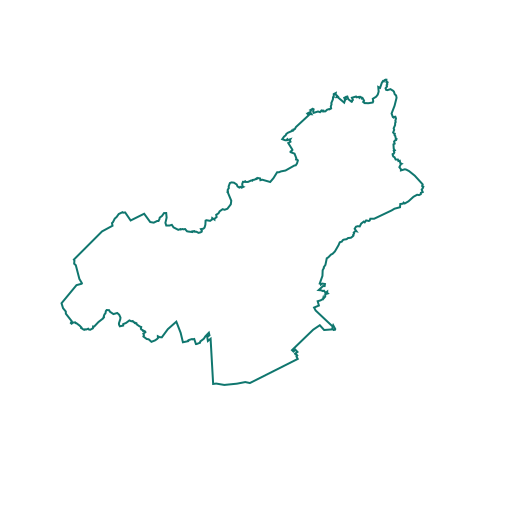 Villa Corona, Jalisco, Mexico (Albers equal-area conic projection), rotated 64°
{"feature_id": "50627088B54593739216200", "entity_name": "Villa Corona", "entity_type": "district", "adm_level": 2, "iso_a3": "MEX", "parent_name": "Mexico", "parent_adm1": "Jalisco", "projection": "albers", "projection_center": [-103.727, 20.389], "detail": "fine", "context": "isolated", "style": "outline", "palette": "teal", "viewbox_px": 512, "rotation_deg": 64, "n_neighbors": 0, "source": "geoboundaries", "source_scale": "gbopen_adm2", "svg_char_len": 6057}
<svg xmlns="http://www.w3.org/2000/svg" viewBox="0 0 512 512"><g transform="rotate(64 256 256)"><path d="M275.3,105.2L272.5,103.5L273.4,101.1L272.7,99.9L274.0,99.3L273.7,95.0L271.8,88.5L271.6,84.3L272.7,82.8L272.7,80.8L271.5,80.1L271.6,78.1L269.0,78.0L268.1,76.3L267.0,75.2L266.6,75.5L266.9,75.9L265.9,76.0L264.7,74.8L263.6,75.1L253.4,78.1L246.8,81.2L244.2,83.1L243.3,84.2L242.6,88.2L241.7,87.7L239.0,88.2L236.9,85.5L236.9,84.7L235.6,85.6L233.4,85.0L233.1,86.4L231.5,86.2L230.5,88.2L228.0,88.2L226.7,89.0L224.9,88.8L224.3,88.5L224.4,87.4L223.6,86.3L221.7,86.0L221.8,84.9L220.0,85.2L215.9,83.5L215.8,82.1L213.8,81.8L213.1,80.7L213.2,79.2L212.4,78.4L211.8,78.9L209.2,78.2L208.2,78.5L207.0,77.7L206.7,78.2L205.1,78.6L203.2,76.5L201.6,76.3L199.3,73.6L197.4,72.6L196.8,71.7L195.6,71.5L193.8,69.9L191.9,69.7L191.5,71.1L191.9,71.6L191.1,72.1L187.4,71.7L181.7,65.6L175.4,60.3L173.1,59.7L171.5,60.4L168.7,60.0L167.7,60.3L165.0,62.0L164.5,65.2L163.7,66.2L162.0,66.0L161.1,64.0L159.7,63.7L159.5,62.9L158.4,62.6L157.7,61.6L157.3,61.6L156.7,62.5L154.7,61.5L154.3,62.2L154.3,63.5L155.1,64.6L154.4,65.2L155.5,67.0L159.3,70.8L157.7,72.0L162.0,73.7L164.3,75.8L165.5,78.2L165.9,82.1L168.3,82.8L169.2,83.8L168.0,87.9L166.1,91.5L165.5,91.4L164.5,92.1L163.7,90.8L160.7,91.0L160.7,91.9L159.8,91.7L158.7,92.5L159.1,93.7L158.1,93.7L157.4,96.1L156.5,96.2L155.8,100.4L158.2,100.5L158.5,101.7L159.3,102.0L159.3,102.5L155.5,104.3L152.8,104.0L152.8,104.6L152.4,105.0L152.5,106.0L155.5,106.6L152.6,106.2L152.5,107.3L154.9,107.6L156.8,109.5L149.8,112.6L149.2,112.4L148.5,114.0L147.6,112.8L145.6,113.7L144.5,112.9L144.5,115.1L147.3,116.5L147.1,117.2L148.9,118.2L151.6,121.3L152.6,121.5L154.5,123.3L156.3,123.8L156.4,125.6L156.0,125.8L155.7,128.1L156.4,130.2L155.6,132.2L154.8,131.8L154.2,132.9L154.4,133.5L154.0,133.6L154.8,135.4L153.3,136.9L152.6,141.5L151.0,141.2L149.4,139.9L148.5,140.5L148.7,143.0L149.2,142.7L150.5,144.2L150.4,145.4L151.5,144.6L151.2,144.2L152.9,144.0L151.0,147.3L152.6,147.0L157.6,163.6L158.9,165.4L158.7,167.0L159.4,167.2L159.6,168.0L159.0,168.8L159.4,169.1L159.2,173.4L159.7,175.5L160.5,176.3L161.0,178.5L162.5,181.2L164.7,179.1L165.3,178.0L164.8,176.7L165.7,176.7L166.1,173.9L166.7,174.8L168.4,174.9L168.6,177.5L176.4,176.7L176.9,177.0L177.3,179.2L177.8,179.4L180.9,176.5L185.7,176.9L186.8,177.7L187.7,176.6L188.5,176.5L190.8,178.6L191.9,180.5L191.5,181.9L192.1,192.0L190.9,196.5L190.8,198.6L190.0,200.3L193.7,206.2L195.7,210.8L190.2,216.9L189.8,218.8L188.1,218.3L186.9,219.9L187.0,221.3L186.5,221.2L186.8,223.7L186.2,225.7L186.7,226.3L186.0,227.2L185.9,230.8L184.7,233.2L184.1,233.1L184.1,234.5L183.6,235.2L185.3,236.9L186.6,237.2L187.3,237.9L188.3,237.1L188.3,239.0L186.9,239.9L187.2,241.0L186.3,241.6L185.3,242.1L183.3,242.0L180.4,243.7L179.1,245.8L179.0,247.5L181.5,250.1L183.1,250.7L184.0,252.3L185.8,253.4L185.9,253.0L187.2,253.5L195.5,254.0L198.5,256.0L201.0,261.0L200.7,263.9L199.3,265.5L199.9,269.1L201.2,271.0L201.5,273.7L203.7,274.3L204.4,277.1L205.0,277.4L202.7,278.7L203.9,279.5L204.3,281.8L202.1,284.9L202.1,285.8L205.7,287.8L207.9,289.8L208.4,291.3L207.7,293.7L209.7,293.6L210.4,294.3L210.4,295.7L210.0,297.5L208.1,298.9L207.2,300.6L206.6,300.5L205.9,302.5L206.5,302.8L204.3,306.2L203.5,307.2L200.7,307.9L200.2,309.6L199.5,310.3L199.2,312.0L198.7,312.1L198.4,314.4L194.1,317.6L191.1,318.0L190.7,320.4L189.3,323.3L186.5,322.9L182.3,319.5L178.0,317.9L177.1,319.9L178.8,322.9L179.3,325.7L180.5,326.6L181.8,328.3L181.2,329.5L181.2,333.3L179.1,336.2L169.0,338.0L169.1,353.1L159.5,354.5L158.8,356.5L158.1,356.8L158.1,361.0L159.8,364.1L160.5,366.6L162.8,369.6L163.3,371.0L165.9,371.7L166.4,383.6L179.4,421.3L180.5,421.2L183.2,422.8L185.3,422.0L199.2,424.8L204.2,424.4L204.5,424.9L203.5,430.1L213.2,451.5L218.3,452.3L222.5,451.3L224.5,452.2L233.9,450.2L235.1,451.8L236.0,451.4L235.6,449.7L236.4,447.6L237.3,447.5L237.6,446.9L241.3,445.0L243.2,444.4L243.9,444.7L244.1,444.2L244.9,444.2L246.6,443.2L247.2,442.4L246.9,441.8L247.6,440.9L247.8,438.7L248.6,438.6L249.6,437.4L249.5,434.3L247.9,433.3L248.5,432.4L246.3,426.6L245.0,420.5L244.3,420.1L244.3,419.4L243.2,419.0L242.0,417.7L241.6,416.5L239.7,415.1L239.1,413.9L240.3,411.8L242.1,411.7L245.7,409.6L246.4,405.7L248.8,404.7L251.9,404.8L253.2,405.6L256.4,408.7L257.7,409.2L259.5,409.2L260.3,405.9L259.0,405.2L259.2,402.1L258.4,398.0L260.0,396.7L260.4,395.3L261.4,395.2L262.4,394.3L263.1,394.4L263.5,393.3L264.1,392.9L264.9,393.3L268.2,391.5L269.5,390.3L271.0,391.4L271.9,391.2L273.0,390.3L273.9,390.4L274.2,389.5L275.3,388.7L276.0,388.8L276.4,391.3L278.0,391.4L279.0,392.5L282.7,390.6L283.8,389.0L287.3,387.6L287.6,383.8L287.2,381.1L286.5,379.4L285.7,379.7L285.1,379.4L286.7,378.2L287.8,376.3L283.1,367.3L280.1,356.4L292.0,357.4L301.5,359.5L302.8,354.3L302.2,354.1L302.1,353.1L302.6,349.9L303.1,349.6L303.5,347.9L308.8,348.6L309.1,348.0L309.4,344.3L308.4,343.6L307.5,339.2L306.0,336.7L304.3,332.0L306.9,332.6L307.3,335.3L311.3,336.5L310.5,333.1L352.2,350.6L353.2,347.7L358.0,341.0L362.4,329.1L364.6,320.9L367.5,317.2L366.8,263.6L364.1,263.7L363.5,262.5L362.2,262.9L361.8,263.6L360.9,263.7L360.4,260.8L357.5,261.7L358.3,264.2L356.4,264.9L347.3,236.9L346.2,229.0L352.4,227.2L355.3,219.8L354.6,219.2L356.5,218.7L356.9,217.3L356.4,216.8L352.1,217.0L353.0,218.0L331.1,226.3L327.8,226.4L328.1,221.2L323.7,220.4L324.2,217.4L324.0,214.6L323.3,214.0L323.9,214.1L322.8,211.6L320.7,210.5L321.1,207.9L319.7,208.5L320.0,208.0L319.2,207.6L319.6,209.6L317.0,210.1L316.8,211.3L315.4,212.5L314.1,214.6L312.4,209.0L313.1,207.5L311.4,206.3L309.8,208.6L310.1,210.2L309.4,210.0L308.7,210.8L303.0,205.0L298.0,202.3L296.5,200.2L295.8,200.0L294.4,197.5L289.1,193.4L288.9,191.6L287.6,188.0L287.6,186.2L286.5,183.1L282.4,177.0L280.4,174.7L280.7,172.6L279.8,171.0L279.8,169.8L280.6,167.2L280.2,165.4L281.2,162.7L280.8,160.6L280.4,159.5L279.7,159.5L278.8,158.0L277.8,157.9L277.1,155.6L277.7,154.9L274.8,155.4L273.5,153.3L273.8,151.5L274.9,149.8L273.0,147.3L272.3,144.0L273.4,143.5L272.3,141.4L274.0,139.2L273.9,138.2L272.6,136.9L274.3,133.5L274.5,114.1L274.2,110.8L275.3,105.2Z" fill="none" stroke="#0f766e" stroke-width="2"/></g></svg>